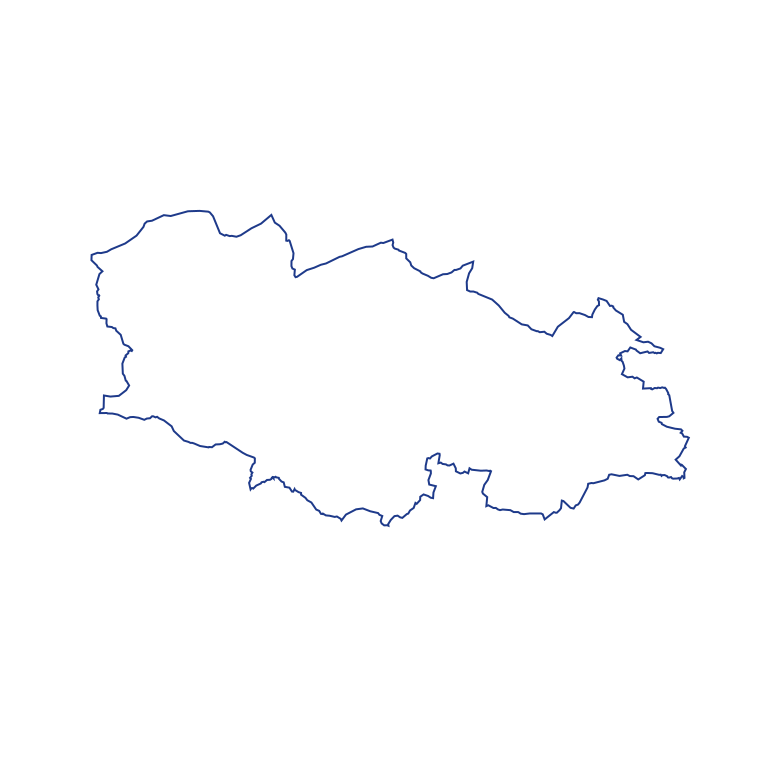 Ski nor, Akershus, Norway, rotated 283°
{"feature_id": "86288312B53332495919573", "entity_name": "Ski nor", "entity_type": "district", "adm_level": 2, "iso_a3": "NOR", "parent_name": "Norway", "parent_adm1": "Akershus", "projection": "albers", "projection_center": [10.885, 59.725], "detail": "fine", "context": "isolated", "style": "outline", "palette": "blue", "viewbox_px": 768, "rotation_deg": 283, "n_neighbors": 0, "source": "geoboundaries", "source_scale": "gbopen_adm2", "svg_char_len": 6137}
<svg xmlns="http://www.w3.org/2000/svg" viewBox="0 0 768 768"><g transform="rotate(283 384 384)"><path d="M444.0,70.1L438.8,71.1L434.9,77.6L433.6,78.6L430.5,84.3L427.1,82.0L416.0,81.3L412.0,84.5L409.7,83.6L407.2,84.5L405.9,85.9L406.3,86.4L406.0,86.7L404.0,86.1L402.4,87.1L400.1,86.2L396.1,87.1L391.5,88.4L386.6,91.7L386.2,92.9L384.7,93.4L385.2,98.5L384.8,99.1L380.7,99.9L377.8,101.5L378.3,106.0L377.6,107.7L377.8,109.8L375.7,111.1L372.7,116.4L364.6,121.0L363.9,122.2L363.3,126.5L360.3,131.1L359.4,130.8L359.7,129.6L358.3,127.6L356.5,127.9L353.7,125.8L352.5,126.5L351.5,125.4L345.0,124.5L335.3,127.2L333.5,129.3L329.2,131.6L329.0,132.4L325.2,136.0L320.0,134.2L312.8,128.3L310.2,120.2L309.8,113.7L297.7,116.2L296.4,115.6L295.1,113.5L291.7,113.6L293.4,120.5L293.1,121.3L294.1,125.9L294.3,131.5L292.3,140.9L294.6,144.1L295.5,147.2L295.9,152.5L295.2,158.5L297.0,160.7L298.0,163.7L300.4,165.3L300.6,166.5L300.1,168.9L301.0,170.3L299.9,172.7L299.0,177.8L295.0,186.6L290.9,189.8L283.9,201.8L283.6,206.6L283.1,208.6L283.5,210.5L283.3,212.6L282.2,218.7L282.8,227.4L283.3,227.7L283.7,230.6L287.2,233.5L288.4,237.7L289.7,240.3L291.9,241.8L291.6,242.8L292.0,243.6L285.2,261.8L284.0,266.2L283.1,273.8L282.5,274.9L278.2,275.8L276.0,274.2L270.3,273.3L268.9,273.9L268.1,275.7L266.1,275.1L264.8,275.8L262.4,274.6L261.6,275.7L257.3,274.8L251.3,277.7L252.7,278.3L253.0,279.4L252.7,280.1L256.3,282.4L259.4,286.4L260.7,286.8L261.7,288.8L261.5,289.6L264.2,291.6L265.0,294.4L266.1,295.6L267.5,295.8L267.8,296.6L267.3,297.4L268.4,296.9L268.6,298.7L269.2,299.3L268.8,300.0L268.9,302.6L268.0,303.0L265.9,306.1L265.6,308.4L261.5,310.5L261.7,315.2L258.5,318.5L258.7,319.8L261.5,320.5L260.8,321.0L259.4,325.1L259.2,327.7L257.5,328.1L255.4,333.1L253.5,335.4L252.2,339.9L246.4,346.2L245.8,349.4L243.3,351.8L243.5,353.9L243.9,353.9L242.9,356.9L243.4,360.6L243.4,365.9L244.3,367.9L242.9,372.1L241.4,373.3L248.2,376.3L255.6,385.0L258.0,391.4L256.9,399.3L256.9,407.3L255.5,409.0L255.0,412.0L249.7,411.6L247.6,413.1L246.3,416.0L247.1,418.9L246.9,420.2L248.4,419.6L253.1,421.2L257.6,423.9L258.8,426.9L257.7,429.8L257.7,432.0L262.4,435.5L263.2,436.8L266.6,437.8L269.9,440.8L275.2,441.4L274.6,442.8L279.0,445.3L282.3,444.7L285.3,447.4L284.8,452.2L283.7,455.1L283.8,457.5L289.4,456.6L296.1,457.5L296.2,450.7L300.4,448.9L307.3,449.8L309.7,449.2L310.2,448.9L309.8,446.6L310.1,443.7L313.8,443.0L321.2,442.9L321.8,443.9L321.8,445.6L324.2,446.9L328.3,451.7L328.5,453.8L327.3,454.3L319.0,454.8L320.2,457.0L319.3,459.1L319.6,462.5L319.0,464.2L319.3,466.1L322.0,469.6L318.0,472.9L315.1,473.7L314.0,478.5L315.2,480.9L316.8,482.1L315.9,486.1L321.1,486.3L320.2,488.7L321.3,497.9L322.8,503.4L322.9,506.5L323.4,506.9L323.1,507.9L313.8,506.7L308.3,504.4L301.0,504.0L299.5,505.0L297.0,510.0L288.0,511.2L289.3,512.9L287.8,518.5L288.4,520.9L287.4,523.3L287.2,525.4L288.4,527.9L289.5,535.5L288.4,539.2L289.4,543.7L288.4,546.3L288.7,549.7L290.7,555.3L293.2,566.1L292.7,568.0L288.2,571.0L297.4,578.3L297.2,580.3L297.5,581.4L300.7,583.5L302.8,584.4L310.4,583.5L310.3,585.2L305.3,593.6L305.3,596.8L308.8,598.1L310.2,600.2L312.5,601.3L329.0,605.6L332.7,605.4L334.2,608.4L334.4,610.3L339.7,620.5L342.0,623.3L346.2,623.8L347.2,626.0L347.4,634.1L350.3,641.5L349.6,644.2L350.3,647.9L348.2,653.2L353.8,658.7L356.0,658.7L356.5,660.4L357.5,665.7L357.4,672.6L357.9,674.0L356.9,675.1L357.8,675.7L358.4,677.9L357.8,680.8L356.9,681.5L356.9,682.7L357.9,684.6L356.9,685.9L356.8,687.0L357.9,691.0L358.8,692.5L357.5,693.6L361.4,695.2L360.6,697.0L359.6,697.3L360.1,697.9L365.5,696.4L369.1,697.3L372.2,692.4L372.3,691.6L371.5,691.5L375.9,685.2L380.0,688.1L388.6,690.6L390.0,692.2L391.0,691.2L400.2,693.1L400.7,691.1L400.2,688.0L402.8,685.7L403.2,684.1L405.5,685.3L406.6,683.6L405.9,677.6L406.0,669.2L407.4,663.8L408.6,663.2L409.1,660.2L411.6,658.4L413.7,659.5L415.6,667.1L416.7,669.2L421.0,672.5L422.6,670.8L437.2,664.5L438.1,663.1L439.0,663.1L442.7,659.9L443.6,658.5L443.2,657.9L443.3,655.8L442.2,654.1L442.1,651.8L441.3,651.0L441.0,648.7L439.1,646.5L439.3,645.3L440.0,645.0L437.8,637.4L444.7,636.5L447.2,628.9L445.9,626.9L447.0,624.5L445.3,619.9L447.1,613.6L453.1,614.8L455.9,613.6L459.3,611.5L460.0,610.3L462.3,609.5L460.3,608.3L461.1,605.4L462.0,604.7L464.7,605.9L465.1,608.6L467.0,607.2L470.3,611.3L470.6,614.0L475.0,615.8L474.2,621.7L473.4,622.5L471.6,626.7L475.0,633.5L473.9,635.3L475.5,639.2L475.0,640.7L475.5,641.6L475.2,642.9L476.0,643.8L476.4,646.7L480.7,648.2L481.4,644.9L481.6,639.0L483.8,635.5L484.6,631.8L483.0,627.4L483.7,620.1L487.6,623.4L492.4,612.5L497.1,607.7L498.6,604.0L505.2,601.1L507.8,593.4L510.1,590.2L511.1,589.9L511.5,588.2L510.9,586.6L515.0,582.2L515.6,578.3L515.9,573.7L514.2,573.4L512.9,574.8L509.2,575.8L507.9,574.3L504.0,572.7L498.5,571.4L495.9,571.6L495.3,568.1L496.4,564.3L497.0,558.5L496.2,555.4L496.9,552.9L496.6,552.5L489.8,549.4L478.9,540.5L468.6,537.2L469.3,535.4L469.6,531.2L471.0,528.5L469.5,524.1L470.1,522.0L469.8,521.0L470.5,515.3L473.4,510.9L473.1,504.8L476.7,494.8L477.2,491.1L478.4,490.1L480.6,485.6L486.3,478.2L490.6,470.4L493.0,455.6L493.9,454.4L494.2,450.4L493.5,447.2L494.2,443.8L502.1,441.6L511.0,442.0L516.7,443.9L523.3,443.4L517.0,434.1L513.8,432.5L511.3,428.5L511.0,427.0L507.9,424.7L505.4,420.9L504.2,416.8L498.2,408.6L498.1,406.1L499.3,402.5L500.3,396.7L501.1,394.6L501.9,394.1L503.6,387.3L505.6,383.9L508.5,382.2L511.4,377.4L515.7,376.4L516.5,375.2L517.4,368.6L518.1,367.9L518.4,363.9L519.1,362.6L521.3,361.1L523.9,361.2L526.6,359.8L521.2,351.6L521.0,349.2L515.4,341.9L513.7,335.8L509.7,328.7L499.0,314.4L497.9,312.1L488.4,300.4L486.0,295.7L481.6,289.8L477.6,283.1L468.9,275.2L468.2,273.8L469.8,272.2L475.4,271.4L475.9,268.8L478.0,267.3L483.0,266.2L485.3,267.2L491.1,266.4L502.2,259.9L502.7,259.0L501.7,257.7L501.7,256.5L507.6,255.2L509.3,253.8L514.7,246.6L516.7,241.3L523.4,236.2L512.6,228.1L505.9,219.8L496.7,210.9L494.3,207.1L494.1,202.3L493.4,200.4L493.8,196.6L492.7,195.5L494.0,190.3L509.0,179.7L512.0,175.7L512.4,174.1L511.2,165.4L508.2,154.1L499.7,138.4L499.0,131.5L490.9,121.2L489.1,116.6L486.4,114.7L483.0,114.3L472.9,109.5L462.7,100.2L453.9,87.9L450.5,84.3L447.9,78.8L447.4,75.4L444.0,70.1Z" fill="none" stroke="#1e3a8a" stroke-width="2"/></g></svg>